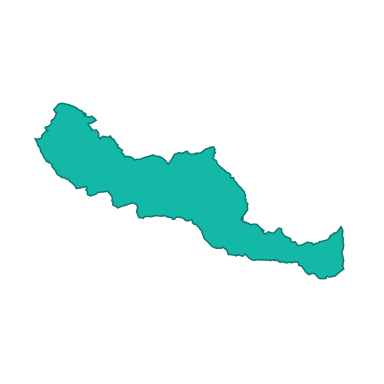 Talmaciu, Sibiu, Romania, rotated 248°
{"feature_id": "2599482B89024892263144", "entity_name": "Talmaciu", "entity_type": "district", "adm_level": 2, "iso_a3": "ROU", "parent_name": "Romania", "parent_adm1": "Sibiu", "projection": "mercator", "projection_center": [24.164, 45.604], "detail": "fine", "context": "isolated", "style": "filled", "palette": "teal", "viewbox_px": 384, "rotation_deg": 248, "n_neighbors": 0, "source": "geoboundaries", "source_scale": "gbopen_adm2", "svg_char_len": 6003}
<svg xmlns="http://www.w3.org/2000/svg" viewBox="0 0 384 384"><g transform="rotate(248 192 192)"><path d="M294.4,130.0L295.3,129.5L296.7,129.3L300.0,127.2L299.9,125.6L300.2,124.1L302.0,122.3L302.7,121.1L303.9,122.9L305.4,122.1L304.5,120.9L308.2,120.4L310.0,118.2L313.0,116.6L316.6,113.3L319.1,110.4L322.5,105.5L323.0,104.7L322.9,104.1L323.5,102.4L323.1,100.4L319.9,94.6L318.7,95.0L317.6,94.9L316.1,96.2L315.4,95.3L313.6,93.9L311.7,91.6L311.2,90.5L311.3,89.0L310.1,87.7L307.7,87.2L306.6,82.8L307.0,80.6L306.9,80.0L304.8,80.0L302.9,81.3L303.0,79.2L301.2,74.9L300.5,73.8L298.6,72.9L298.5,70.3L299.4,67.3L300.0,66.6L295.8,66.9L293.1,66.5L289.2,67.7L289.0,67.4L288.7,67.7L288.0,67.2L285.7,66.9L283.9,67.5L279.8,67.6L278.8,68.1L274.7,68.5L274.6,70.1L273.0,69.8L273.0,71.0L269.1,72.8L268.6,71.7L264.4,72.8L262.5,73.7L261.5,73.3L261.0,73.6L259.9,73.4L258.2,74.1L256.1,75.7L254.5,76.4L253.1,78.7L253.0,79.2L251.3,80.1L249.9,82.0L247.2,82.9L245.7,84.0L241.9,85.7L240.6,86.2L239.4,85.8L238.5,86.1L238.0,88.8L237.4,90.1L237.5,90.3L237.5,91.8L236.9,93.4L237.2,94.3L236.3,96.1L235.7,96.3L234.6,96.1L234.3,94.8L233.7,94.5L231.5,95.2L229.4,94.2L228.3,94.5L228.4,94.8L226.4,96.2L226.0,102.3L226.7,103.8L226.8,104.8L226.5,105.7L226.5,106.6L226.2,107.0L225.1,110.4L225.1,110.7L225.4,111.1L224.9,111.5L224.0,114.3L217.3,116.1L215.8,115.6L213.5,114.3L211.5,115.1L210.5,114.0L209.4,113.8L208.9,114.1L207.8,115.7L205.3,117.0L204.9,117.8L205.1,119.2L205.0,123.1L204.4,125.7L204.6,127.4L204.3,131.8L203.9,133.2L203.3,134.1L201.7,135.3L199.3,136.3L197.0,135.1L194.4,133.2L193.5,132.9L192.0,133.6L190.5,133.0L187.8,133.5L187.3,135.2L186.4,136.8L185.9,136.8L186.0,137.2L186.6,138.0L186.7,139.2L186.5,140.9L185.5,142.6L184.1,145.6L184.0,148.7L182.8,151.4L181.4,153.6L181.2,154.9L180.7,155.5L180.2,158.3L178.1,159.7L176.1,163.3L173.8,163.9L173.5,164.9L173.6,166.4L174.3,167.8L174.3,169.1L173.3,171.0L171.7,173.3L170.6,174.2L168.2,175.3L167.1,176.5L166.8,178.2L166.5,178.3L166.8,180.0L166.5,181.0L165.2,181.6L163.6,180.9L161.8,181.6L161.0,182.4L160.8,183.4L160.6,183.7L158.1,184.4L155.9,185.5L154.5,185.5L152.7,186.3L144.1,185.9L139.5,188.1L134.2,190.1L132.3,191.7L130.3,194.1L130.3,195.5L129.3,196.7L128.9,198.5L129.3,200.0L129.2,200.4L127.2,201.2L125.8,202.3L124.0,202.6L121.4,202.2L120.2,202.6L119.2,205.0L118.2,206.5L118.0,207.1L117.1,208.5L116.3,208.8L116.5,210.6L116.2,211.9L115.0,212.9L113.5,215.0L114.5,217.4L114.4,218.1L109.1,220.4L107.1,221.8L105.5,223.6L105.5,224.5L105.1,225.2L105.0,226.6L99.7,238.4L98.8,239.1L99.3,239.7L99.0,241.5L98.3,241.8L98.5,242.8L97.2,243.3L97.5,244.7L97.2,245.2L95.9,245.7L94.1,247.1L93.7,247.7L93.8,249.2L93.5,249.9L91.9,251.5L91.5,252.6L90.6,253.6L90.5,256.0L89.9,257.2L89.3,257.4L89.0,258.3L88.6,261.4L87.9,263.0L86.7,264.1L86.1,264.2L84.3,263.4L83.5,264.0L82.8,265.2L81.2,266.4L79.1,266.5L77.2,267.2L75.6,267.3L71.7,269.3L71.4,269.7L71.6,272.8L70.4,275.1L64.9,277.2L63.5,278.5L63.5,279.4L63.0,279.8L62.7,281.0L61.7,283.1L61.9,283.7L61.8,284.1L62.4,284.1L63.4,285.6L61.5,287.8L61.1,290.4L60.5,292.9L62.7,299.5L63.8,303.9L66.5,303.9L70.4,305.9L71.3,306.9L79.9,308.4L83.3,311.3L86.4,312.9L89.7,313.5L92.4,314.9L93.8,314.8L96.1,315.4L99.1,317.1L101.1,317.5L104.0,317.1L100.5,311.7L100.2,309.7L100.6,308.7L100.7,307.9L100.2,307.3L99.5,303.7L99.3,303.3L97.9,302.7L98.0,301.9L97.0,300.3L97.1,300.0L96.9,299.3L97.4,296.2L97.4,294.6L97.8,292.9L98.3,292.0L98.2,291.4L97.7,291.1L97.4,290.2L97.3,289.3L97.7,288.5L98.0,286.8L97.6,284.6L98.3,284.2L99.2,284.5L99.8,284.1L100.2,283.7L100.2,283.0L102.2,280.3L101.8,274.3L101.9,272.8L102.2,271.6L103.5,269.5L105.0,269.6L107.3,268.9L107.4,268.6L107.1,267.5L108.0,266.5L108.5,265.4L109.3,265.3L110.9,265.9L111.6,265.9L114.3,263.7L115.4,262.2L118.2,260.8L121.8,260.2L123.3,261.0L124.9,260.7L125.7,259.6L126.0,258.5L123.4,252.9L123.3,252.1L123.5,251.4L124.2,250.6L124.9,249.2L126.4,248.4L126.5,247.8L126.1,246.8L126.0,245.8L125.5,245.0L125.7,244.5L126.8,243.1L128.6,243.4L129.7,244.3L129.9,244.0L129.6,242.7L129.8,242.3L131.4,243.1L132.2,242.2L133.2,242.0L133.4,241.4L134.6,241.3L137.7,240.1L137.9,239.1L138.8,238.2L139.4,235.8L139.3,234.5L142.1,232.4L142.6,231.4L143.5,230.9L143.6,229.8L144.9,229.6L144.7,228.6L145.0,228.3L146.2,228.3L146.8,227.6L147.6,227.5L147.8,227.9L147.7,229.1L148.0,229.3L148.5,229.1L149.3,228.2L149.7,228.2L149.9,228.5L149.7,230.0L150.3,230.2L151.6,231.4L151.7,232.7L153.5,234.9L154.6,236.9L158.9,238.3L159.9,239.3L160.5,239.3L162.9,238.2L163.8,238.4L164.7,239.3L166.2,238.7L166.7,238.8L168.2,240.3L170.3,240.1L172.3,240.6L173.3,240.0L174.7,240.0L175.9,239.0L177.1,239.2L180.8,237.3L183.6,236.8L186.7,235.4L189.8,235.9L190.5,233.7L191.0,233.1L192.8,234.1L194.2,234.1L195.3,233.6L196.0,232.9L196.5,232.1L197.6,231.4L198.6,231.1L199.6,230.3L201.0,229.8L202.1,228.9L203.1,228.8L203.9,227.8L205.2,227.6L206.5,226.7L207.8,226.2L212.4,226.1L213.1,225.2L214.6,224.3L215.6,224.4L217.5,226.2L219.3,226.3L219.5,227.1L219.3,228.2L221.7,228.3L222.9,229.3L225.0,228.9L225.7,229.0L226.7,225.1L226.4,224.2L226.6,220.6L226.4,218.8L225.3,217.2L225.5,216.8L225.2,216.1L225.4,215.6L225.0,215.1L225.1,213.6L225.9,211.7L225.8,211.2L226.3,210.9L225.5,210.5L226.6,209.0L226.7,206.2L227.1,205.0L228.2,204.5L230.1,202.7L231.4,203.2L231.8,200.9L231.5,196.9L233.0,195.5L233.3,194.1L233.4,190.8L233.6,190.5L232.0,187.9L230.9,186.9L226.7,180.3L231.0,179.1L234.5,177.4L237.5,174.7L237.7,173.6L238.9,171.8L241.1,169.7L240.9,169.0L241.2,166.8L241.3,164.4L241.8,161.5L241.8,156.2L243.1,152.4L243.1,150.9L246.7,149.2L249.1,145.8L249.8,143.2L252.4,142.7L254.6,141.3L256.9,143.2L258.6,141.8L260.2,141.3L261.1,140.0L261.8,139.6L263.1,141.0L265.6,139.8L269.2,139.4L270.6,138.8L270.6,138.1L274.6,137.2L274.3,135.8L273.9,135.3L275.0,133.0L275.8,132.4L276.9,130.5L277.0,129.8L276.6,129.8L276.4,129.5L275.8,126.6L276.8,127.0L276.6,126.4L278.5,125.9L280.0,127.0L281.7,127.5L285.2,126.6L285.1,126.0L285.6,125.6L286.3,123.3L287.4,122.1L287.9,122.7L290.7,121.7L294.1,121.1L294.5,122.1L294.0,122.8L293.5,125.4L294.4,130.0Z" fill="#14b8a6" stroke="#0f766e" stroke-width="1.5"/></g></svg>